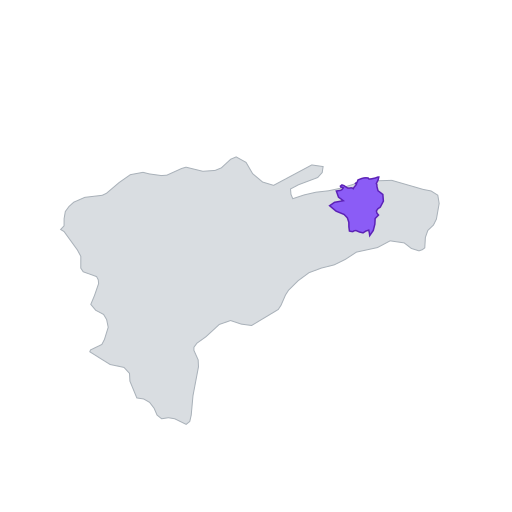 location of El Seybo within Dominican Republic, rotated 336°
{"feature_id": "DOM-1986", "entity_name": "El Seybo", "entity_type": "Province", "adm_level": 1, "iso_a3": "DOM", "parent_name": "Dominican Republic", "parent_adm1": "", "projection": "mercator", "projection_center": [-69.039, 18.789], "detail": "fine", "context": "in_parent", "style": "filled", "palette": "violet", "viewbox_px": 512, "rotation_deg": 336, "n_neighbors": 0, "source": "natural_earth", "source_scale": "10m", "svg_char_len": 2449}
<svg xmlns="http://www.w3.org/2000/svg" viewBox="0 0 512 512"><g transform="rotate(336 256 256)"><path d="M89.4,337.2L89.9,319.1L92.7,311.8L90.1,304.1L78.6,295.8L71.5,285.3L65.2,275.9L66.6,274.5L79.2,274.1L83.6,270.6L92.0,261.0L93.7,253.3L93.0,247.4L87.5,240.4L85.4,233.0L92.2,226.6L101.0,217.2L102.2,213.6L102.0,210.0L91.7,200.1L91.0,195.8L95.8,185.1L95.3,177.9L90.6,155.6L88.3,152.3L92.9,150.4L95.9,143.8L99.9,137.8L105.3,134.7L111.4,132.7L123.5,132.8L140.2,138.0L144.9,137.9L160.9,133.2L174.3,130.6L186.8,133.6L191.9,137.6L202.2,144.0L207.4,145.9L223.7,145.8L228.2,146.4L241.9,157.0L253.5,161.2L260.2,161.4L272.2,157.3L278.2,157.4L285.0,166.5L286.4,179.4L292.1,191.1L300.8,198.6L344.0,195.5L353.7,201.6L350.4,206.7L344.3,209.4L323.7,208.2L314.8,208.8L313.0,213.9L312.9,218.6L324.9,219.8L336.7,222.1L348.7,225.9L360.9,228.5L374.6,230.2L388.2,232.9L410.8,242.1L435.7,263.1L442.4,267.8L446.8,274.4L444.7,282.5L435.8,295.7L430.7,299.9L423.4,302.5L418.3,307.9L413.5,317.2L410.5,317.9L407.0,317.6L401.0,312.3L396.7,304.3L384.7,296.7L370.4,297.7L349.3,293.3L336.5,295.4L323.8,295.9L310.7,293.6L297.6,292.8L284.5,295.7L271.8,300.5L267.1,303.6L258.9,311.1L254.6,313.9L223.7,317.7L214.8,312.2L206.5,304.6L194.6,303.6L177.4,309.4L166.6,311.6L162.2,314.1L160.9,316.9L160.9,327.4L158.4,333.8L141.6,358.0L132.1,375.0L128.2,380.2L123.7,381.4L115.5,371.6L110.2,368.1L103.6,366.3L100.9,361.1L101.0,353.7L99.3,346.5L95.2,340.9L89.4,337.2Z" fill="#d9dde1" stroke="#a8b0b8" stroke-width="1"/><path d="M355.8,229.3L359.8,230.4L361.5,230.3L363.5,229.2L362.8,228.4L361.5,227.6L361.5,226.5L363.4,226.0L365.0,227.5L367.2,231.0L368.6,231.9L370.2,232.3L371.5,232.9L372.2,234.1L373.5,233.1L376.0,231.9L377.2,231.0L376.4,230.1L376.8,229.9L377.7,229.9L378.6,229.6L379.7,228.4L380.1,228.0L380.5,228.0L384.2,228.2L386.4,228.6L388.3,229.3L390.1,230.3L390.3,230.6L390.3,231.0L390.4,231.4L390.8,231.8L392.9,232.5L393.1,232.5L396.8,233.3L399.2,233.4L400.1,233.7L400.3,233.8L398.3,236.4L395.4,238.7L395.4,240.2L394.8,241.4L394.0,246.0L396.9,251.4L394.7,257.7L389.4,261.9L386.6,262.4L384.3,263.8L383.9,266.1L384.6,268.4L380.1,270.2L377.5,275.3L373.5,280.4L368.2,283.6L369.0,280.8L369.5,278.2L366.5,277.9L363.2,278.4L360.3,276.2L357.7,273.4L356.0,272.9L354.3,273.1L352.8,272.2L351.5,271.2L352.7,267.2L354.5,263.0L355.0,258.3L353.4,253.9L347.4,247.6L343.7,240.0L349.6,238.9L358.2,241.0L355.3,235.8L355.8,229.7L355.8,229.3Z" fill="#8b5cf6" stroke="#5b21b6" stroke-width="1.5"/></g></svg>